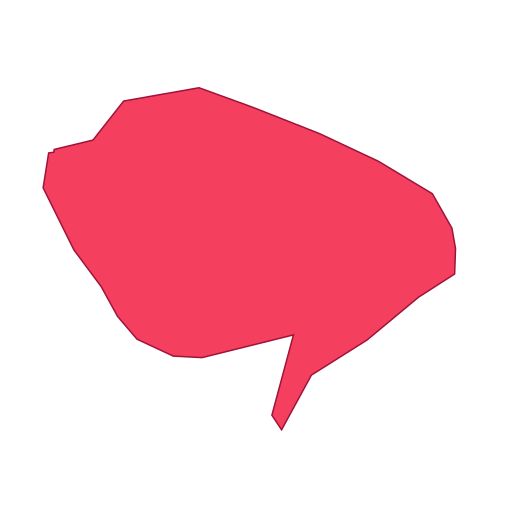 SVG path tracing the border of Plymouth, rotated 350°
{"feature_id": "GBR-2141", "entity_name": "Plymouth", "entity_type": "Unitary Authority", "adm_level": 1, "iso_a3": "GBR", "parent_name": "United Kingdom", "parent_adm1": "", "projection": "albers", "projection_center": [-4.124, 50.392], "detail": "fine", "context": "isolated", "style": "filled", "palette": "rose", "viewbox_px": 512, "rotation_deg": 350, "n_neighbors": 0, "source": "natural_earth", "source_scale": "10m", "svg_char_len": 509}
<svg xmlns="http://www.w3.org/2000/svg" viewBox="0 0 512 512"><g transform="rotate(350 256 256)"><path d="M251.0,431.6L244.0,415.5L279.2,340.2L185.2,346.7L157.1,340.2L124.4,317.3L109.2,291.5L98.2,259.2L77.7,218.3L58.2,151.9L69.7,118.5L69.9,118.5L74.9,118.7L75.8,116.0L115.6,113.5L152.6,80.4L189.6,80.4L229.1,80.4L279.3,109.4L340.1,146.7L392.9,183.9L440.5,225.3L453.8,262.6L453.8,283.3L448.5,308.2L408.9,324.8L350.8,358.0L289.9,382.9L251.0,431.6Z" fill="#f43f5e" stroke="#9f1239" stroke-width="1.5"/></g></svg>